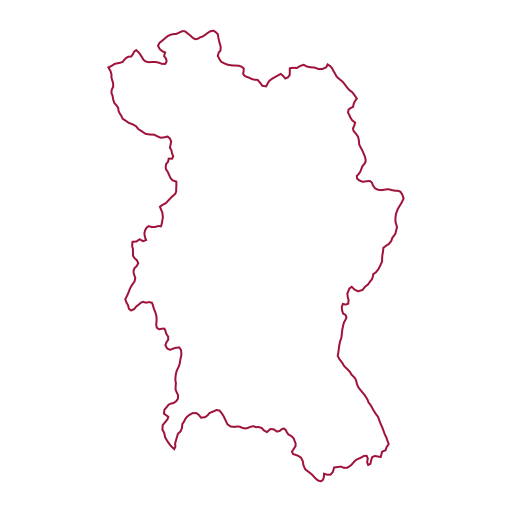 Jacinto, Minas Gerais, Brazil (orthographic projection)
{"feature_id": "56859067B66910938619484", "entity_name": "Jacinto", "entity_type": "district", "adm_level": 2, "iso_a3": "BRA", "parent_name": "Brazil", "parent_adm1": "Minas Gerais", "projection": "orthographic", "projection_center": [-40.323, -16.195], "detail": "fine", "context": "isolated", "style": "outline", "palette": "rose", "viewbox_px": 512, "rotation_deg": 0, "n_neighbors": 0, "source": "geoboundaries", "source_scale": "gbopen_adm2", "svg_char_len": 6008}
<svg xmlns="http://www.w3.org/2000/svg" viewBox="0 0 512 512"><path d="M133.0,255.8L134.5,258.1L136.9,260.3L138.2,263.2L136.7,266.1L134.8,267.8L133.6,270.1L133.6,272.9L135.3,278.2L134.5,281.5L131.9,285.1L130.1,288.3L128.7,292.0L127.1,295.7L125.3,299.1L126.4,302.4L128.1,305.4L128.9,308.8L131.1,310.5L134.2,309.1L136.4,306.3L138.8,304.6L140.8,302.7L143.3,301.8L145.8,302.7L149.0,302.1L151.9,302.7L153.0,305.4L153.8,308.6L155.3,312.2L156.5,316.4L156.6,320.3L156.2,324.8L156.8,327.7L159.1,329.3L161.9,328.7L164.5,328.7L165.5,331.1L166.2,333.6L168.2,336.8L168.2,339.8L166.6,341.9L165.4,345.4L167.3,348.6L170.0,349.8L172.2,349.0L175.2,347.9L179.2,347.4L181.0,350.0L181.4,353.5L181.1,356.4L180.4,359.2L179.8,363.3L178.5,367.2L176.8,370.5L175.9,373.9L175.4,377.9L175.4,380.4L175.9,383.2L175.6,386.5L175.6,389.7L176.5,391.9L178.1,395.3L177.9,398.7L176.4,401.0L173.7,403.0L170.9,403.6L168.6,404.7L166.7,407.1L164.5,409.6L163.9,413.6L168.3,416.8L167.5,419.2L165.3,422.0L162.7,425.1L162.4,429.6L164.2,432.9L165.1,437.3L167.1,440.7L168.7,443.1L170.9,446.0L174.2,449.1L175.4,446.7L175.1,443.5L176.1,439.9L177.2,436.3L177.9,433.8L180.6,431.3L182.0,427.8L182.3,424.1L183.8,422.0L185.2,419.1L187.0,416.8L189.1,415.1L192.6,413.1L196.4,413.1L198.5,414.6L201.1,417.7L205.3,417.1L207.7,415.2L209.5,413.0L213.0,411.6L216.6,410.0L219.6,410.6L221.8,413.4L223.6,416.2L226.0,421.2L227.3,424.1L230.5,426.5L234.6,426.9L237.2,426.5L239.8,426.7L242.6,428.0L245.6,428.5L248.4,427.7L250.8,426.7L253.7,426.2L255.9,427.2L258.3,427.0L261.6,427.9L263.9,430.4L266.9,432.1L270.4,429.0L273.8,429.4L277.0,431.6L279.8,430.9L281.6,429.3L283.9,428.5L285.8,430.0L286.8,432.2L288.4,434.5L291.3,436.0L293.7,438.4L294.6,441.0L295.6,443.4L295.6,446.1L293.7,448.9L292.0,451.6L293.0,454.0L298.0,455.7L301.0,457.7L302.7,461.0L303.5,465.4L305.1,469.1L307.5,471.1L310.1,473.0L312.3,474.9L314.7,477.6L317.8,480.4L320.9,481.3L323.0,479.8L323.8,477.4L324.1,473.7L327.0,474.7L330.5,474.7L333.0,471.7L334.1,467.5L337.8,467.0L341.0,466.6L343.7,467.8L347.1,467.8L350.3,465.8L352.3,463.9L354.1,461.7L356.3,459.7L358.4,458.8L361.6,457.3L364.0,455.9L366.7,455.9L367.8,458.6L367.1,462.2L368.2,465.0L370.4,463.8L371.1,460.4L372.3,457.0L374.9,456.0L380.7,457.0L382.1,451.7L385.6,450.2L386.6,447.1L388.7,444.1L387.2,440.1L386.2,437.0L384.9,434.6L382.3,427.5L380.7,424.0L379.3,420.4L378.0,416.8L375.7,413.8L374.0,411.1L372.1,407.8L370.3,404.6L368.5,402.4L367.6,399.8L364.8,395.3L362.7,392.7L360.5,390.1L358.3,387.2L356.9,384.0L356.2,380.7L355.1,378.4L353.5,376.6L351.5,374.6L350.1,372.2L348.0,369.8L345.9,367.8L344.1,366.0L342.6,363.4L340.9,361.0L339.4,359.1L337.7,355.9L338.3,352.9L338.8,348.9L339.3,345.2L340.1,341.3L341.4,337.8L341.8,334.1L342.3,329.7L343.0,326.1L343.9,322.6L345.5,319.7L346.5,317.4L345.5,314.9L343.2,313.7L342.1,310.6L341.8,306.8L342.9,303.9L345.5,304.6L348.2,303.7L348.6,300.2L347.7,296.8L347.3,293.7L349.4,288.5L351.7,286.8L354.6,289.6L358.0,291.3L362.5,290.0L365.0,286.8L368.1,284.4L370.1,281.4L371.8,279.5L372.7,277.2L373.3,274.1L375.9,272.3L378.4,269.2L380.3,265.4L382.1,261.5L382.1,258.9L382.3,255.4L383.0,251.7L383.4,247.8L386.2,245.6L388.7,244.1L391.2,241.1L392.3,237.9L395.3,233.9L396.2,230.4L397.0,227.2L396.4,224.8L395.6,222.5L395.4,219.7L395.6,216.4L396.0,213.9L396.8,211.6L397.8,209.0L399.6,206.0L401.9,202.1L403.6,198.5L402.4,194.8L400.4,191.7L397.8,190.8L395.0,190.7L392.2,190.2L388.5,189.2L384.7,189.6L382.1,190.1L379.8,190.0L377.5,189.6L374.9,188.2L373.0,185.5L371.9,182.6L370.0,181.0L366.1,181.3L362.7,181.8L359.7,180.6L357.2,178.8L356.8,176.0L358.9,173.7L360.3,171.7L362.3,166.4L364.3,163.9L365.6,161.9L365.6,159.5L364.9,156.6L362.4,150.6L360.8,147.7L359.2,144.5L358.9,140.3L358.0,136.7L356.2,134.0L353.5,130.9L353.0,128.3L354.3,125.6L355.1,122.6L352.0,120.1L350.2,117.2L349.2,114.7L348.0,112.6L348.6,109.4L350.9,107.9L353.1,106.9L353.7,103.7L354.8,101.4L356.8,98.6L354.8,95.6L352.6,92.6L349.0,89.7L346.7,87.0L344.4,83.9L342.4,81.5L339.6,79.3L336.6,76.6L335.1,73.7L333.4,70.9L332.0,68.1L330.2,66.1L327.6,64.4L326.3,67.2L322.5,69.0L318.6,69.1L314.8,67.6L310.1,67.2L306.8,66.5L303.7,64.8L300.1,66.0L296.8,68.0L292.5,67.8L289.8,68.3L289.8,71.6L289.7,75.0L287.8,77.5L285.3,78.5L283.1,75.9L280.8,73.9L278.0,75.4L274.8,77.2L272.5,78.5L270.6,79.8L268.8,81.5L266.1,86.4L262.3,85.8L260.1,82.7L257.6,79.9L254.4,79.7L251.7,79.0L249.0,77.6L246.7,76.9L244.6,75.8L243.1,73.9L243.6,71.3L243.7,68.4L241.4,66.6L238.7,65.7L231.8,65.4L228.0,64.8L224.3,63.4L221.1,61.7L219.6,59.4L217.8,55.9L218.8,52.4L220.5,50.6L220.7,46.7L219.5,42.7L218.5,38.4L217.8,34.2L216.0,32.4L213.7,30.7L210.4,31.2L207.9,32.8L205.0,35.0L202.5,36.6L200.2,37.3L198.0,38.7L195.2,39.2L192.7,37.8L190.3,35.5L184.9,31.3L182.5,31.1L176.3,33.9L173.4,34.1L170.7,34.7L167.8,36.0L161.7,41.1L159.5,42.8L158.0,45.8L159.9,49.3L162.6,51.4L165.1,52.4L164.1,56.1L166.1,58.8L166.6,61.5L165.3,63.9L162.1,63.9L158.2,62.5L155.3,62.0L152.0,62.0L148.6,62.2L145.5,61.4L143.4,59.7L141.7,56.7L139.1,52.9L136.2,50.1L134.1,51.7L133.0,54.1L131.2,56.5L128.0,56.8L125.9,58.2L124.2,59.9L122.6,62.0L120.3,62.7L114.6,63.9L111.4,66.0L108.4,67.4L110.5,71.1L111.5,74.5L111.4,77.1L112.0,79.7L113.1,83.0L113.2,86.7L111.7,89.8L111.4,92.9L112.5,95.5L113.3,100.0L114.3,102.9L116.5,105.4L118.2,108.0L118.6,111.0L119.7,113.4L121.2,115.6L122.7,118.8L125.7,120.7L128.8,122.9L132.6,124.3L136.0,126.2L138.4,129.2L140.7,130.6L145.7,133.9L149.9,134.5L154.2,134.7L157.3,136.3L160.5,137.7L164.1,137.4L167.6,136.5L169.9,138.5L171.2,141.6L169.9,147.8L171.4,150.2L172.0,153.3L173.2,156.3L172.2,158.7L168.7,158.7L168.1,161.7L166.1,164.1L165.7,166.8L165.9,169.3L167.5,171.4L170.5,178.0L172.5,180.3L176.3,181.6L176.4,185.3L176.2,188.0L176.2,191.3L175.3,193.8L173.4,195.4L171.2,197.4L165.8,203.2L162.3,205.0L159.9,206.7L162.3,212.5L162.9,217.3L162.3,220.5L161.8,223.5L161.0,226.3L158.5,226.0L155.3,226.9L151.8,227.1L148.7,226.1L146.4,227.9L145.0,230.6L144.4,233.3L144.8,236.7L146.1,240.0L143.2,241.2L139.5,239.3L136.5,241.5L132.5,241.8L132.1,245.8L132.9,248.9L133.0,251.7L133.0,255.8Z" fill="none" stroke="#9f1239" stroke-width="2"/></svg>